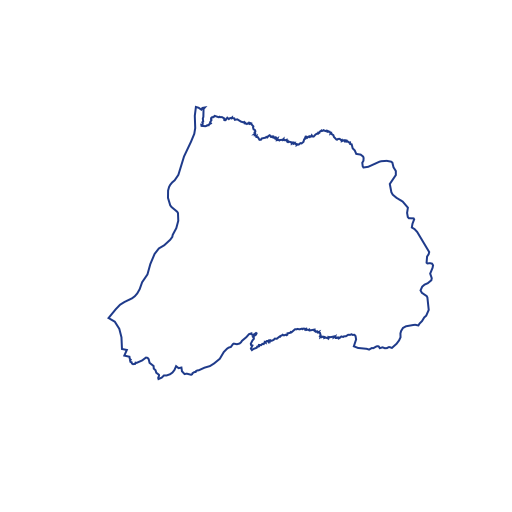 outline of Don Tan, Mukdahan, Thailand, rotated 233°
{"feature_id": "78962969B20953711752663", "entity_name": "Don Tan", "entity_type": "district", "adm_level": 2, "iso_a3": "THA", "parent_name": "Thailand", "parent_adm1": "Mukdahan", "projection": "equal_earth", "projection_center": [104.826, 16.311], "detail": "fine", "context": "isolated", "style": "outline", "palette": "blue", "viewbox_px": 512, "rotation_deg": 233, "n_neighbors": 0, "source": "geoboundaries", "source_scale": "gbopen_adm2", "svg_char_len": 6151}
<svg xmlns="http://www.w3.org/2000/svg" viewBox="0 0 512 512"><g transform="rotate(233 256 256)"><path d="M411.2,297.7L404.8,291.5L394.7,284.4L390.7,280.2L386.4,272.9L378.8,258.4L367.5,242.8L365.4,236.6L365.2,233.3L364.5,230.4L363.5,228.2L361.2,225.2L355.4,220.7L348.1,218.0L346.0,218.0L338.7,219.7L337.2,219.5L330.9,215.1L326.2,209.1L323.0,202.2L321.6,200.6L320.6,197.2L319.8,189.2L320.5,183.0L318.7,176.3L313.2,166.8L306.6,158.2L303.6,149.3L299.5,143.1L297.6,138.7L296.8,135.0L296.8,131.5L298.4,123.5L298.9,118.1L297.9,112.0L295.2,100.9L288.5,103.7L280.1,103.0L272.0,99.6L262.4,93.0L258.7,96.3L255.7,90.9L251.7,94.3L249.8,93.3L248.6,93.5L248.4,92.6L247.0,92.0L246.0,92.7L244.9,92.2L243.6,92.7L242.6,94.5L243.3,95.6L242.5,96.3L241.1,102.2L241.1,107.0L239.9,108.1L238.2,108.2L234.7,106.7L229.8,108.0L227.6,106.6L225.2,107.0L222.8,106.1L219.6,107.0L218.8,106.6L217.5,104.5L216.4,104.1L215.6,107.5L216.0,110.6L214.4,112.7L213.9,114.3L213.3,116.1L213.2,119.1L214.0,122.2L216.1,125.9L213.0,126.7L211.8,129.3L208.5,127.5L204.7,127.9L203.7,129.9L200.2,132.7L200.0,133.8L200.6,134.8L200.4,136.9L199.7,138.0L200.2,138.9L199.9,140.3L199.2,141.4L197.8,147.7L195.8,153.0L195.4,157.9L195.7,165.2L198.7,172.5L199.4,177.1L199.3,179.0L198.5,181.2L199.5,184.5L199.4,185.5L197.0,187.7L196.0,190.2L196.1,192.1L196.7,193.7L197.0,199.4L197.8,203.4L197.0,205.7L196.3,205.2L195.2,205.7L194.5,207.4L194.5,209.7L193.9,209.9L193.2,208.7L193.3,204.9L191.8,205.0L191.1,204.3L190.7,202.4L189.1,199.1L188.0,198.5L186.7,199.3L185.1,196.2L183.3,196.1L183.3,198.0L182.3,201.3L182.9,202.4L182.3,203.3L183.0,204.4L182.3,204.6L182.8,205.3L181.7,206.5L182.0,208.2L181.0,209.1L181.9,210.9L181.0,211.4L181.9,211.7L181.4,212.2L181.6,213.5L181.1,214.2L179.9,214.2L180.8,215.7L180.3,216.2L179.5,215.9L180.0,216.8L178.9,217.4L178.4,219.5L178.7,221.3L177.4,222.8L177.5,225.8L177.0,226.7L177.5,227.3L177.0,228.7L177.1,229.9L175.8,230.5L175.2,232.4L174.3,232.8L174.3,233.7L175.3,234.6L174.1,237.0L174.4,238.0L173.7,238.3L174.0,243.1L173.0,244.3L172.9,245.1L171.2,246.7L170.3,249.0L169.6,249.1L169.3,250.5L168.3,251.4L167.8,251.1L167.6,252.2L166.7,251.6L165.9,253.2L164.9,253.6L165.0,254.3L164.2,254.1L162.1,258.3L161.5,257.6L160.3,257.9L160.3,258.4L159.4,258.3L159.0,259.5L157.9,259.2L157.6,260.5L157.3,259.8L156.1,260.8L154.0,260.0L153.5,259.0L153.1,259.4L152.5,258.7L152.5,259.4L151.8,259.3L151.4,260.9L150.9,260.9L150.1,262.1L149.7,262.2L149.3,261.5L148.8,262.7L147.2,263.7L147.6,264.5L146.6,264.4L147.2,265.7L146.2,266.9L144.9,269.7L144.2,269.0L144.1,270.6L143.8,270.1L143.1,270.8L142.5,270.4L141.9,271.2L141.7,272.4L140.6,272.3L140.7,273.1L140.3,273.1L140.2,273.8L140.4,275.7L138.9,276.9L138.9,277.9L137.8,279.5L137.6,282.2L136.4,283.7L136.0,285.2L134.9,285.6L133.8,287.2L132.1,287.3L129.1,285.7L125.0,279.8L121.2,282.1L115.3,288.5L113.2,290.0L112.8,293.1L111.8,294.2L111.3,297.8L110.6,299.1L109.8,299.6L107.9,299.4L106.9,302.1L104.8,303.4L103.6,305.2L103.4,307.0L102.8,307.9L100.8,309.2L101.3,315.4L102.5,319.5L104.1,322.5L107.3,324.8L108.8,326.8L110.1,330.1L109.6,333.5L106.4,339.8L105.3,341.7L102.8,343.9L103.6,345.9L104.1,349.4L105.7,353.4L105.9,356.0L109.0,361.5L119.7,367.9L121.2,368.2L126.8,366.3L129.5,366.7L131.5,370.3L131.7,373.4L130.9,376.8L131.1,381.4L132.5,383.0L137.1,384.5L140.3,389.9L142.0,391.8L144.0,392.0L145.6,390.6L146.9,388.4L148.0,388.2L152.6,392.3L153.5,394.9L154.9,396.7L178.2,399.2L182.1,398.8L185.0,397.6L187.6,400.4L190.1,404.4L191.2,404.5L194.2,400.8L195.8,400.7L199.5,402.6L203.2,406.4L211.2,405.9L217.9,403.2L222.7,402.1L225.5,402.5L233.0,406.2L236.5,416.4L239.7,418.8L244.1,419.2L248.5,421.1L250.0,420.7L253.3,417.7L256.3,413.1L257.0,411.4L259.7,399.3L262.0,395.1L263.4,395.2L266.5,397.0L267.4,399.1L269.5,400.9L270.9,401.4L274.0,400.6L277.2,397.5L280.9,398.4L283.8,398.0L287.6,399.6L288.7,398.6L290.1,399.5L290.6,398.6L292.0,398.3L292.7,397.3L293.2,397.7L293.5,396.9L293.8,397.4L294.3,396.8L293.8,396.6L294.1,395.9L294.8,395.8L295.0,396.6L295.6,395.9L296.1,393.6L297.1,394.4L297.4,393.7L299.2,393.3L300.1,392.0L300.1,390.7L300.7,390.3L304.2,389.9L306.0,390.5L307.7,389.8L308.8,390.1L308.9,389.3L309.4,390.0L309.8,389.5L310.9,389.6L312.3,387.7L312.9,387.8L312.9,388.4L313.6,388.0L314.0,386.6L315.8,385.7L315.7,385.0L316.2,383.8L316.8,383.9L316.9,381.4L316.3,380.9L316.4,379.8L316.9,379.6L316.4,378.9L317.0,378.3L317.2,376.8L316.7,373.9L317.5,373.0L318.8,373.1L318.3,372.1L318.7,371.8L318.6,370.8L319.2,370.7L319.0,370.2L319.7,369.9L319.6,368.2L320.9,368.2L321.5,367.5L320.8,366.3L320.0,366.2L320.2,364.7L318.6,362.6L318.5,360.1L319.4,359.4L319.3,357.1L320.0,356.6L320.1,355.5L320.5,356.0L320.9,355.9L320.8,355.2L322.5,354.9L322.7,354.3L323.0,354.8L323.3,354.0L323.8,354.5L324.4,354.0L324.3,352.1L325.4,352.8L327.4,351.2L327.6,350.1L328.5,349.7L329.3,350.0L329.4,350.5L330.1,350.0L330.4,350.3L330.9,348.8L331.7,348.6L332.2,347.5L332.9,348.2L332.8,347.2L334.3,344.8L334.2,344.2L335.4,343.6L335.9,342.5L336.8,343.8L336.8,343.3L338.0,343.3L337.8,342.7L338.3,342.8L338.3,342.3L339.1,342.7L339.4,341.6L340.3,341.0L340.3,341.8L341.0,341.9L342.0,340.7L342.2,339.6L344.2,339.6L344.4,338.1L343.9,336.4L344.9,335.9L344.7,335.0L346.4,331.3L345.9,329.9L346.7,328.7L349.7,329.0L350.8,328.0L351.5,328.7L351.5,328.2L352.5,328.2L353.0,327.7L353.5,328.5L354.2,328.6L354.4,328.2L354.5,329.2L355.6,329.3L355.7,330.3L356.3,330.7L357.4,330.9L358.6,330.3L360.3,330.9L361.1,331.9L364.2,331.6L364.7,332.1L365.8,331.3L365.3,331.2L365.3,330.3L366.4,329.8L366.6,329.2L366.8,329.5L367.2,328.1L368.6,326.9L369.1,327.5L369.7,326.9L370.2,327.1L370.4,326.3L372.3,324.9L376.4,323.3L377.5,321.1L379.0,321.5L380.5,319.9L380.9,320.2L380.8,319.2L381.3,319.2L381.8,317.7L381.7,316.7L383.7,316.3L382.8,313.4L383.2,312.8L383.8,312.5L384.9,313.5L387.4,312.4L388.6,310.8L389.1,310.7L389.3,309.7L392.8,307.3L392.5,306.0L392.9,305.5L392.7,304.8L393.3,304.2L393.2,303.3L392.4,302.4L391.4,302.3L390.4,299.8L389.1,299.8L389.4,297.7L388.9,296.9L389.8,295.8L389.6,295.2L390.1,293.7L392.7,290.8L393.5,291.2L392.7,291.7L393.7,293.1L395.1,293.6L395.1,294.7L397.7,296.2L398.8,297.7L405.0,302.6L405.4,304.5L406.5,302.3L405.8,300.4L408.9,299.4L411.2,297.7Z" fill="none" stroke="#1e3a8a" stroke-width="2"/></g></svg>